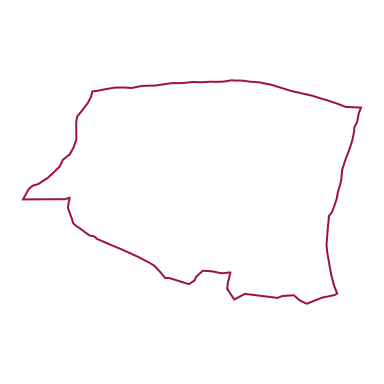 Bani Surim, Amran, Yemen (Mercator projection)
{"feature_id": "15242507B49574817537392", "entity_name": "Bani Surim", "entity_type": "district", "adm_level": 2, "iso_a3": "YEM", "parent_name": "Yemen", "parent_adm1": "Amran", "projection": "mercator", "projection_center": [43.98, 16.128], "detail": "fine", "context": "isolated", "style": "outline", "palette": "rose", "viewbox_px": 384, "rotation_deg": 0, "n_neighbors": 0, "source": "geoboundaries", "source_scale": "gbopen_adm2", "svg_char_len": 1870}
<svg xmlns="http://www.w3.org/2000/svg" viewBox="0 0 384 384"><path d="M361.0,107.6L345.6,106.9L338.2,104.0L332.6,102.1L328.1,100.6L320.6,98.4L312.1,95.7L311.7,95.6L291.7,91.1L271.8,84.9L266.9,83.9L259.2,82.3L251.3,81.8L246.6,81.2L243.6,80.8L241.0,80.5L235.9,80.6L231.4,80.3L223.7,81.6L215.7,81.9L210.4,81.7L201.2,82.3L196.2,82.1L193.0,82.0L181.9,83.1L180.1,83.1L176.0,83.1L171.1,83.2L162.5,84.5L154.9,85.6L150.3,85.7L142.0,85.9L131.7,88.0L124.0,87.5L121.9,87.5L114.2,87.7L106.0,89.1L97.9,90.7L92.4,91.4L91.1,96.6L87.5,103.5L82.5,110.0L77.2,116.5L76.2,122.3L76.3,131.4L76.4,139.3L73.7,147.1L69.9,154.2L62.9,159.8L59.5,166.8L53.5,172.5L47.3,178.2L42.6,181.2L38.2,184.1L32.7,185.7L28.7,189.1L23.0,199.4L64.7,199.2L69.5,197.8L69.4,199.9L69.1,199.9L67.9,207.8L71.3,217.4L71.6,217.9L73.2,223.2L76.7,226.4L79.4,228.0L89.3,235.4L93.1,236.1L95.7,237.3L96.5,238.7L110.6,244.8L116.8,247.4L121.9,249.5L137.9,256.8L138.2,256.9L143.8,259.9L147.9,261.9L154.4,265.8L160.1,271.9L165.2,278.1L168.7,277.9L179.8,281.3L187.6,283.8L189.5,283.9L194.6,280.4L196.3,276.6L197.7,275.4L202.8,270.7L208.9,271.1L213.1,271.5L220.3,273.1L223.9,273.1L230.1,272.4L230.4,272.5L229.1,277.8L228.4,280.6L228.0,281.8L227.2,288.7L227.7,288.9L227.6,289.5L234.3,299.5L244.9,293.9L245.7,294.0L256.8,295.3L265.3,296.4L277.6,297.9L281.8,296.2L284.4,295.9L289.7,295.5L293.8,295.3L299.7,300.3L302.7,301.8L306.6,303.7L307.4,303.5L314.3,300.7L316.7,299.8L322.0,297.7L322.5,297.5L327.8,296.5L334.7,295.0L337.2,293.6L337.1,293.2L334.0,285.5L331.4,275.4L330.3,270.3L329.0,262.2L327.4,253.5L326.5,245.1L328.0,225.6L328.6,220.8L328.9,216.0L330.5,214.0L331.7,212.6L333.4,208.5L335.1,203.5L336.9,198.2L337.7,192.8L340.2,184.5L341.3,179.5L342.1,170.2L345.2,160.3L347.2,155.2L349.1,150.0L351.1,144.2L352.4,139.8L354.1,131.6L354.4,127.2L357.1,122.2L358.8,113.1L361.0,107.6Z" fill="none" stroke="#9f1239" stroke-width="2"/></svg>